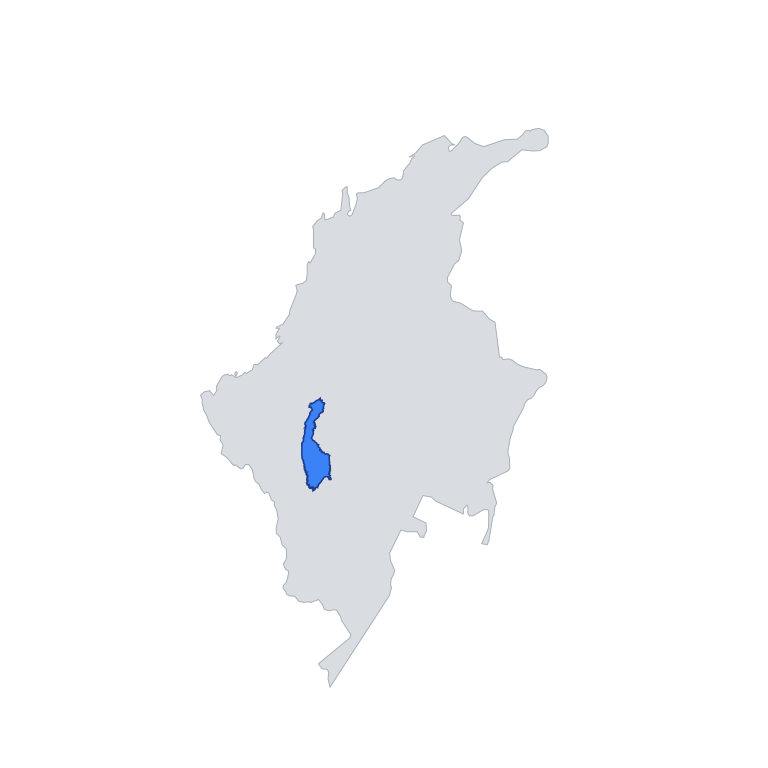 location of San Vicente Del Caguán, Caquetá, Colombia, rotated 25°
{"feature_id": "7082276B18611822799653", "entity_name": "San Vicente Del Caguán", "entity_type": "district", "adm_level": 2, "iso_a3": "COL", "parent_name": "Colombia", "parent_adm1": "Caquetá", "projection": "equal_earth", "projection_center": [-74.217, 1.75], "detail": "fine", "context": "in_parent", "style": "filled", "palette": "blue", "viewbox_px": 768, "rotation_deg": 25, "n_neighbors": 0, "source": "geoboundaries", "source_scale": "gbopen_adm2", "svg_char_len": 9596}
<svg xmlns="http://www.w3.org/2000/svg" viewBox="0 0 768 768"><g transform="rotate(25 384 384)"><path d="M426.6,106.6L420.9,109.7L409.8,113.6L402.2,130.2L397.0,133.1L390.6,143.0L385.9,155.2L382.3,180.2L372.8,201.3L373.6,202.3L377.4,201.3L380.9,199.0L382.2,199.7L383.5,203.4L387.9,204.4L391.4,221.5L398.0,230.2L398.7,233.6L399.5,240.7L397.2,245.1L396.5,260.8L398.6,264.7L403.5,266.3L406.8,276.1L408.9,278.3L411.9,279.9L419.1,278.3L432.1,280.0L435.2,279.7L442.5,276.3L451.8,280.5L458.6,281.2L477.3,310.8L479.2,309.9L481.5,311.6L486.3,308.6L490.3,308.1L495.6,309.6L502.7,309.6L516.8,306.6L518.9,304.9L526.6,306.6L528.9,308.8L530.0,314.3L529.1,317.7L526.5,321.2L525.0,325.6L524.7,331.0L523.4,334.9L520.9,337.5L519.9,341.3L520.5,346.2L519.2,368.6L520.3,370.4L521.2,379.6L524.4,391.6L526.0,395.0L528.8,397.7L533.8,407.6L532.7,410.9L519.9,426.3L519.3,429.9L521.7,428.4L525.7,429.9L527.0,433.6L536.5,444.3L536.4,448.4L539.1,456.5L538.7,458.3L545.2,481.3L545.5,486.1L540.0,487.4L539.8,472.0L539.0,468.9L532.8,455.2L531.5,454.1L527.4,455.7L520.5,465.8L517.3,467.3L514.7,465.9L512.1,459.9L510.4,458.7L508.8,463.8L510.9,468.3L480.5,468.3L474.6,466.4L466.4,468.7L466.4,492.0L480.7,492.3L484.7,499.0L484.3,504.4L485.0,506.3L481.5,507.4L476.5,503.8L467.6,508.1L461.0,509.2L460.6,534.9L464.5,541.3L472.2,548.1L473.3,552.8L472.8,557.2L474.6,562.8L477.1,565.7L477.1,569.0L478.4,572.7L463.2,681.6L457.9,674.9L455.9,668.9L453.3,666.5L448.3,668.3L442.8,665.3L460.4,628.4L459.8,625.1L445.2,616.1L443.7,613.8L436.7,608.9L432.8,610.3L430.6,612.7L425.3,613.5L421.0,609.6L415.8,607.0L409.7,613.2L407.8,613.2L403.4,615.9L398.7,616.9L392.6,614.1L387.7,616.1L384.2,615.6L383.0,613.7L378.6,611.5L378.1,609.0L379.3,604.4L377.4,595.5L376.7,593.9L373.4,593.8L369.5,590.5L368.7,588.6L369.5,584.9L368.8,581.8L365.0,574.6L359.7,572.8L354.7,566.7L349.6,564.7L347.2,560.4L345.0,550.7L339.7,543.2L336.0,540.6L334.8,537.1L331.0,536.6L325.8,531.7L323.5,531.4L322.0,533.7L317.2,531.3L313.1,527.7L308.9,526.7L306.1,524.5L301.1,517.5L295.7,514.2L292.6,515.4L291.6,520.5L289.8,521.5L283.5,520.2L282.5,521.3L280.9,521.0L273.3,517.2L265.8,515.8L263.9,507.1L259.1,504.0L257.7,499.9L254.3,500.3L241.5,492.4L236.2,487.0L231.7,483.9L226.9,477.8L226.2,475.3L222.5,471.8L224.3,467.2L228.7,463.7L234.4,466.4L235.2,461.0L233.1,456.3L234.1,445.5L235.6,443.1L238.7,441.0L240.7,441.8L241.9,440.0L246.6,440.8L248.0,440.1L251.6,435.8L253.1,432.3L254.8,432.6L258.6,426.8L258.0,421.1L261.5,419.8L265.3,410.2L266.9,410.0L267.8,405.5L274.4,389.8L272.0,391.6L269.4,390.5L269.8,385.2L269.1,384.6L266.9,388.7L265.1,384.5L265.6,377.8L262.6,379.1L262.8,377.5L267.1,372.5L268.9,360.9L267.5,356.7L266.6,339.4L265.8,336.1L262.3,331.7L267.9,326.8L269.9,323.1L267.4,315.4L264.1,308.9L264.0,305.0L266.0,305.4L266.8,294.7L265.0,290.6L262.6,290.5L255.3,274.6L252.8,271.3L254.7,263.7L257.0,260.4L256.5,254.6L258.0,254.9L261.1,260.1L262.4,259.3L267.4,254.3L267.5,249.7L271.5,244.8L266.0,228.6L264.1,226.1L266.4,220.9L267.6,221.2L269.8,226.3L273.3,229.6L278.4,238.6L280.6,240.6L279.0,242.7L278.7,244.8L279.4,246.0L282.3,246.3L283.5,243.8L282.7,232.8L281.5,227.3L278.8,223.4L279.7,221.8L285.0,219.1L295.9,208.6L299.6,198.8L302.5,195.2L305.7,192.9L309.7,193.5L312.8,192.2L313.7,189.1L311.7,182.3L314.0,172.9L313.9,168.2L315.5,165.4L314.9,164.3L311.0,167.6L315.1,161.0L317.9,151.0L333.8,133.3L344.1,137.6L347.3,137.3L343.1,139.5L342.4,142.1L343.9,144.7L345.5,145.5L346.8,143.8L350.3,133.4L350.8,127.8L352.3,125.8L354.5,125.1L364.6,127.6L374.1,126.7L389.7,111.9L401.4,105.7L404.3,99.6L405.1,95.1L407.2,93.3L409.4,93.3L410.8,90.8L416.1,86.9L421.9,86.4L428.0,89.9L430.9,95.9L431.3,100.1L426.6,106.6ZM246.8,438.9L246.1,439.7L244.7,438.3L244.2,436.5L245.1,435.1L246.2,435.6L246.8,438.9Z" fill="#d9dde1" stroke="#a8b0b8" stroke-width="1"/><path d="M325.7,432.4L325.4,433.0L326.0,433.5L325.8,434.3L325.4,434.8L325.4,435.2L325.6,436.1L326.0,436.8L326.4,436.5L326.8,435.9L328.1,435.8L328.2,436.0L328.2,436.4L328.5,436.6L328.7,437.1L329.6,437.3L330.1,437.9L329.9,438.2L329.9,438.7L329.3,439.5L329.4,439.9L329.1,440.7L329.2,442.2L329.6,442.2L330.0,442.7L329.6,444.0L329.7,445.0L329.2,445.8L329.4,445.6L329.9,445.9L329.9,446.3L329.6,446.7L329.8,447.6L329.4,448.1L329.5,448.5L329.3,449.1L329.5,449.5L329.3,450.0L329.4,450.9L329.2,451.1L328.9,451.8L328.8,452.9L329.4,453.3L329.4,453.8L329.6,454.3L330.1,454.5L330.4,454.4L330.6,455.2L330.9,454.8L331.2,454.9L330.9,456.6L330.7,457.1L331.3,456.8L331.6,457.3L331.7,458.1L331.6,459.3L332.1,460.0L332.2,460.6L332.7,461.3L332.6,461.6L332.8,461.7L333.4,463.5L333.3,464.9L333.5,465.4L333.9,465.6L334.0,465.8L333.7,466.0L333.5,466.8L333.9,467.6L334.4,467.8L334.5,468.5L334.8,468.8L334.7,469.3L335.0,469.7L334.9,470.4L335.0,470.8L334.6,471.7L334.8,472.0L334.5,472.4L334.9,473.1L335.3,473.2L335.2,473.8L339.9,483.9L340.2,484.0L340.4,484.5L340.7,484.8L340.9,485.7L341.3,486.2L341.9,486.5L342.5,487.2L343.0,487.2L343.3,487.9L343.7,487.9L343.7,488.4L343.9,488.4L344.6,489.8L345.0,489.9L345.0,490.1L345.9,490.5L346.0,491.8L346.6,492.2L346.5,492.5L347.0,493.4L347.3,493.6L347.5,493.3L347.6,493.8L348.0,494.1L347.9,494.3L348.2,494.2L348.3,494.4L348.6,494.5L348.6,495.0L349.1,495.2L349.0,495.7L349.4,495.6L349.4,495.9L349.5,496.0L349.5,495.7L349.7,495.9L349.6,496.0L349.7,496.6L350.1,496.3L350.3,496.8L350.7,496.7L350.5,496.9L350.6,497.3L350.8,497.3L351.1,497.6L351.3,497.6L351.4,497.0L351.3,497.9L351.6,498.8L351.8,498.8L352.1,498.3L352.2,498.8L352.7,498.9L352.5,499.2L353.0,499.4L353.0,499.6L353.3,499.8L353.7,499.3L353.8,499.5L353.7,499.6L354.1,499.8L354.1,500.3L353.9,500.5L354.1,501.4L353.8,501.4L353.9,501.8L354.2,501.7L354.1,502.0L354.1,502.3L354.2,502.8L354.7,502.9L354.6,503.2L354.9,503.5L354.9,503.8L355.3,503.7L355.3,503.9L355.5,503.8L355.4,504.3L355.8,504.3L355.6,504.8L355.7,505.0L355.9,505.0L356.0,505.3L355.8,505.5L356.0,505.7L355.7,506.2L356.1,506.3L356.1,506.1L356.4,506.4L356.5,506.6L356.3,507.0L356.9,507.3L356.8,507.5L357.1,507.9L357.6,507.7L357.9,507.8L358.1,507.2L358.3,507.1L358.6,507.3L358.7,507.1L358.8,507.6L359.2,507.8L359.1,508.2L358.9,508.2L359.0,508.5L359.4,508.7L359.5,509.1L359.6,509.3L360.2,509.0L360.5,509.4L360.4,509.5L360.5,509.7L360.6,509.8L361.2,509.7L361.5,509.2L361.4,509.1L361.5,508.9L361.6,509.2L361.8,509.1L361.8,509.5L362.0,509.5L362.1,508.9L362.2,508.6L362.3,508.7L362.4,508.2L362.5,508.6L362.7,507.7L362.8,508.2L363.1,508.1L363.2,507.8L362.9,507.6L363.0,507.4L363.6,508.1L364.0,508.0L363.6,508.4L364.1,508.7L364.1,509.1L364.5,509.5L364.4,510.0L364.1,509.8L364.3,510.2L364.7,510.4L364.8,510.7L365.1,510.2L365.1,509.7L365.3,509.6L365.1,509.5L365.4,509.0L365.3,508.8L365.6,508.6L365.6,507.9L365.8,507.9L365.6,507.6L365.8,507.4L365.7,507.2L365.9,506.9L365.9,507.1L366.0,506.9L366.0,507.1L366.2,506.6L366.5,506.4L366.8,505.8L367.0,505.8L367.0,505.5L367.1,505.4L367.3,505.5L367.2,505.3L367.4,505.2L367.2,504.5L367.4,504.2L367.2,503.8L367.3,503.8L367.2,503.6L367.4,503.3L367.1,502.8L367.3,502.6L367.2,502.2L367.6,501.9L367.6,500.9L367.9,500.8L368.0,499.9L368.3,499.6L368.4,498.7L368.3,497.8L368.6,497.3L368.9,496.1L369.0,494.6L369.2,494.0L369.6,493.7L369.6,493.2L371.1,492.1L372.6,491.7L372.7,492.1L372.9,492.3L373.0,492.2L373.0,492.5L373.9,492.6L373.9,492.8L374.4,493.1L374.5,493.5L374.7,493.4L374.9,493.7L376.3,492.9L376.2,492.7L376.0,492.3L375.8,492.5L375.3,492.4L375.2,491.7L374.5,491.2L374.4,491.4L374.1,491.2L373.8,490.7L373.6,490.5L373.8,490.0L373.5,489.9L373.6,489.7L373.2,489.8L373.1,489.6L372.8,489.4L372.7,489.0L372.2,488.8L372.3,488.5L372.1,488.6L372.2,487.9L371.8,487.9L371.5,487.2L371.9,486.7L371.6,486.7L371.6,486.4L371.4,486.1L371.6,486.0L371.8,485.4L371.6,485.4L371.5,485.0L371.4,485.0L371.2,484.8L371.5,484.0L371.3,483.5L371.2,483.4L371.1,483.7L370.9,483.5L370.6,483.5L370.7,483.2L370.4,482.9L370.6,482.6L370.2,481.9L370.3,481.8L370.1,481.5L370.1,481.3L369.8,481.1L369.8,480.8L369.3,480.8L369.2,480.2L368.5,480.1L368.2,479.6L368.1,478.4L367.3,477.3L367.1,476.7L366.5,476.1L366.3,475.2L365.6,474.3L365.6,474.1L365.2,473.4L365.0,472.8L365.1,472.2L364.9,472.3L364.3,471.6L363.7,471.6L363.0,471.2L362.7,471.6L362.2,471.3L361.7,471.4L361.1,472.0L359.9,472.3L359.4,471.9L358.9,471.9L358.5,471.3L357.0,472.0L356.8,472.4L356.5,472.4L356.3,471.2L355.4,471.3L355.4,470.9L354.8,470.4L353.7,471.1L353.4,470.4L353.6,469.9L353.2,469.2L352.2,468.9L351.1,468.8L350.6,468.5L350.6,467.2L350.4,466.6L348.9,467.1L348.4,466.4L347.7,465.9L345.9,465.8L345.1,465.0L343.4,465.2L342.8,464.8L342.7,464.5L342.4,464.3L341.1,463.7L341.0,462.8L341.2,461.8L340.9,461.0L341.2,459.6L341.1,459.2L340.5,458.1L340.5,457.6L339.9,456.9L340.0,455.9L339.5,455.8L339.0,456.1L338.7,455.9L339.3,455.3L339.0,454.9L339.0,454.0L340.4,453.3L340.1,452.8L340.2,451.3L339.8,451.1L339.2,451.6L339.1,451.1L338.3,450.7L338.6,450.2L338.9,450.1L338.8,449.6L338.5,449.5L338.4,449.2L337.7,448.9L337.5,448.2L337.3,448.1L337.1,448.9L336.8,448.8L336.6,448.2L336.4,448.6L336.2,448.5L336.4,446.7L336.6,445.8L336.9,445.7L337.3,444.9L337.7,443.2L338.2,443.1L338.5,440.8L338.9,440.7L338.6,440.0L338.1,439.6L338.0,438.3L338.9,437.3L339.0,436.6L339.7,436.2L339.7,435.6L340.2,435.5L340.5,434.6L340.3,434.0L339.8,433.7L339.6,433.3L339.1,433.1L339.4,432.4L339.4,431.9L339.6,431.4L339.0,431.2L338.6,429.5L338.4,429.4L338.4,428.8L338.2,428.5L338.5,428.2L338.3,427.4L338.4,427.2L338.2,426.8L338.3,426.5L337.6,426.3L337.0,426.6L336.8,426.8L335.7,427.0L335.0,425.6L335.1,425.1L334.9,424.8L334.0,425.4L333.9,425.7L333.6,425.5L332.8,425.6L332.8,424.5L332.2,423.8L331.9,424.9L331.2,425.8L330.7,426.8L329.8,427.6L329.0,429.1L328.8,429.9L328.4,430.2L327.7,431.7L327.2,432.1L327.0,431.9L326.5,432.3L326.3,432.2L325.7,432.4Z" fill="#3b82f6" stroke="#1e3a8a" stroke-width="1.5"/></g></svg>